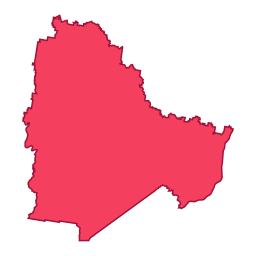 outline of Yass Valley, New South Wales, Australia
{"feature_id": "25037944B7628366145494", "entity_name": "Yass Valley", "entity_type": "district", "adm_level": 2, "iso_a3": "AUS", "parent_name": "Australia", "parent_adm1": "New South Wales", "projection": "natural_earth1", "projection_center": [148.958, -34.926], "detail": "fine", "context": "isolated", "style": "filled", "palette": "rose", "viewbox_px": 256, "rotation_deg": 0, "n_neighbors": 0, "source": "geoboundaries", "source_scale": "gbopen_adm2", "svg_char_len": 5721}
<svg xmlns="http://www.w3.org/2000/svg" viewBox="0 0 256 256"><path d="M29.1,187.4L31.9,189.5L32.1,190.1L32.0,191.0L32.9,191.0L34.3,192.6L35.3,192.3L37.0,193.0L36.3,195.3L36.8,196.3L37.0,197.7L35.8,200.9L36.3,202.7L36.1,203.4L36.9,204.7L36.5,205.9L34.3,207.8L34.3,210.1L33.8,211.0L33.1,211.7L33.1,212.8L31.1,213.8L30.4,213.7L30.1,214.3L28.9,214.7L28.8,215.0L29.3,216.0L29.1,217.0L28.2,218.3L44.9,221.1L45.0,219.9L59.4,222.3L59.6,221.0L76.9,223.6L76.6,225.3L80.2,228.1L79.6,229.8L79.7,231.0L79.5,232.1L80.0,232.8L79.2,235.9L79.7,236.7L79.3,238.1L79.6,239.8L79.4,240.6L88.7,240.6L90.2,237.9L155.7,190.2L156.2,189.3L158.4,188.3L158.7,187.4L160.0,187.1L160.7,186.1L161.4,185.7L162.0,185.8L162.7,185.1L163.9,185.4L165.2,186.3L166.4,186.0L166.9,186.2L167.1,186.9L166.8,188.1L167.3,188.4L168.2,188.0L169.3,189.2L169.3,190.2L168.7,191.0L170.8,190.9L171.6,190.1L172.8,190.2L172.9,190.7L172.5,191.6L173.0,192.6L172.3,193.6L173.5,194.9L173.5,195.3L175.6,194.9L177.7,195.7L178.5,197.0L177.3,199.9L177.8,200.6L179.1,201.0L180.4,202.7L180.2,204.3L178.8,205.3L179.1,206.5L178.6,207.9L180.6,207.7L181.2,208.5L184.4,206.9L189.1,201.6L190.7,201.3L194.7,201.7L198.7,200.0L202.8,199.9L204.3,199.1L207.1,196.3L210.1,194.7L211.3,193.1L213.6,188.3L215.0,184.4L216.3,183.2L220.4,180.9L221.3,179.6L222.1,177.6L221.6,167.4L222.4,162.0L223.2,151.0L224.5,148.1L225.0,143.2L226.9,141.6L229.2,138.6L229.9,135.9L230.9,133.5L232.5,131.2L233.1,129.0L230.9,128.6L231.1,127.2L229.7,127.0L229.8,126.4L229.4,125.8L227.9,127.3L226.4,126.7L224.8,126.6L224.1,131.0L221.9,134.5L221.0,134.7L220.6,134.0L215.5,132.9L214.9,133.1L214.5,133.7L213.4,133.8L213.0,134.5L213.3,132.6L214.4,132.8L215.3,127.1L212.2,126.6L212.5,124.9L211.4,124.7L211.6,123.3L208.3,122.8L207.8,125.7L204.6,125.2L204.8,123.7L202.5,123.3L202.4,123.8L202.8,124.3L199.9,123.8L200.1,122.3L199.1,122.1L199.2,121.6L198.3,121.4L198.6,119.6L200.0,119.8L200.1,118.7L199.6,117.7L197.6,117.4L197.7,116.6L195.8,116.3L195.6,117.5L193.0,117.7L192.5,119.7L190.4,119.4L190.5,118.9L189.8,118.7L189.4,121.1L188.3,120.9L188.1,122.0L184.0,121.5L185.3,117.6L182.4,117.1L182.3,117.4L181.6,117.3L181.5,117.9L180.1,117.7L180.0,118.7L180.4,119.2L178.1,118.9L178.2,118.1L177.0,118.3L176.4,117.7L174.8,115.0L174.2,114.6L172.1,114.6L171.8,114.1L171.2,114.0L170.9,113.4L168.5,115.2L168.7,117.3L168.4,117.4L166.1,117.7L165.4,117.3L164.5,116.0L163.6,116.3L162.9,117.2L162.4,116.3L161.9,116.1L161.4,114.3L160.4,114.8L160.1,114.5L160.7,114.3L160.5,112.9L160.0,112.8L160.0,112.2L160.7,111.9L160.4,111.0L160.6,110.5L159.6,110.0L159.0,110.3L158.9,109.9L157.4,109.9L156.5,108.7L156.0,109.0L156.1,108.5L155.8,108.3L155.3,108.7L153.8,107.9L153.1,108.3L153.0,107.5L152.2,106.8L151.3,107.5L150.8,107.2L150.3,107.5L149.5,106.2L150.4,105.2L150.2,103.0L149.7,102.2L148.7,101.8L148.6,100.6L145.7,100.9L144.6,100.0L145.4,97.5L145.3,96.5L145.6,96.0L145.0,94.9L143.8,94.5L144.4,92.5L142.5,91.0L142.5,90.6L143.2,89.5L142.9,88.4L142.3,87.7L141.7,87.7L141.8,87.1L140.0,87.1L139.6,86.1L139.6,85.0L140.6,85.5L141.9,85.2L141.8,84.2L143.1,83.5L143.3,82.2L142.8,81.9L142.5,81.0L143.2,79.6L141.9,78.6L141.6,77.6L140.2,76.6L139.6,76.6L140.5,70.7L135.2,69.8L135.3,69.2L134.8,69.2L133.4,67.9L133.7,67.4L133.2,67.2L132.7,65.0L132.2,64.6L130.5,65.2L130.0,66.3L128.5,67.8L127.8,67.5L126.4,68.0L124.6,64.9L120.2,64.1L120.0,63.7L122.1,62.9L122.1,62.0L121.4,61.5L121.4,60.5L120.8,60.0L122.6,47.2L122.2,46.7L121.6,47.4L121.0,47.5L120.6,48.2L118.7,48.8L117.9,46.7L117.3,46.9L114.8,46.0L114.3,45.4L112.7,45.7L112.2,45.2L110.5,45.9L110.0,45.7L109.0,46.2L108.5,44.9L110.2,43.6L109.6,42.6L110.2,41.5L109.9,40.7L109.2,40.3L108.4,40.6L107.3,39.4L107.1,37.7L106.8,37.7L106.6,37.1L106.9,36.7L106.7,36.0L106.8,35.1L106.2,35.2L104.9,34.2L104.3,34.0L104.1,33.5L104.2,32.5L103.8,32.4L104.0,31.5L102.2,30.8L101.8,30.9L100.9,30.2L101.5,29.0L101.1,28.6L100.1,28.9L99.5,28.6L100.0,28.3L100.2,27.6L99.3,26.5L98.6,26.4L98.8,25.0L97.9,24.8L97.9,24.4L97.5,24.1L96.3,24.7L93.9,23.1L92.7,23.0L91.6,21.4L89.3,22.3L86.7,22.7L86.6,23.3L85.5,23.4L85.3,23.7L85.4,24.1L83.7,23.8L83.7,25.9L79.7,25.2L79.6,25.6L77.5,25.2L77.9,22.7L76.6,22.5L76.8,21.5L75.5,21.3L75.2,23.0L73.5,22.7L73.8,23.1L73.5,25.1L68.0,24.1L67.1,22.5L67.3,21.5L67.0,20.3L61.5,22.0L60.5,18.2L58.6,19.1L58.2,18.3L60.2,17.3L59.7,15.4L56.3,17.0L55.8,17.7L55.7,18.7L54.7,18.6L54.8,17.5L53.5,17.3L53.0,21.6L52.0,23.2L51.9,24.0L52.9,24.2L52.5,25.6L53.7,25.8L53.4,27.2L55.3,27.4L54.9,30.4L57.4,30.8L56.6,33.2L55.1,34.9L54.9,38.1L47.8,37.0L47.2,40.5L39.8,39.3L39.4,41.8L40.9,42.3L37.9,41.9L34.5,63.4L32.7,63.1L32.4,64.8L35.0,65.2L34.3,69.7L34.7,69.4L35.7,70.1L35.3,72.9L35.9,73.0L35.4,76.1L34.9,76.0L34.7,77.2L34.9,77.2L34.4,80.5L34.8,80.5L34.4,83.7L35.4,83.8L35.2,85.4L35.9,85.5L35.3,89.5L35.1,89.6L35.1,91.2L36.7,93.6L32.5,93.2L32.1,96.0L32.5,96.1L32.1,98.8L31.4,98.7L31.3,99.3L32.9,99.5L31.4,108.7L30.4,108.6L30.5,108.0L28.3,107.7L28.0,109.5L27.3,109.4L26.9,112.9L24.2,112.4L24.0,114.0L24.9,114.1L24.3,117.6L23.5,117.5L22.9,120.9L24.5,121.9L25.2,124.1L25.9,125.0L27.2,124.7L28.0,122.7L29.1,122.9L29.4,123.4L28.4,126.0L26.5,127.8L26.1,128.7L26.1,130.5L27.6,133.8L27.8,135.5L26.7,139.3L25.3,141.8L25.1,143.9L25.3,145.1L25.0,145.8L25.3,146.8L25.9,147.5L27.6,147.7L30.1,146.1L31.5,145.7L32.1,146.3L32.6,147.2L32.6,147.8L31.5,149.9L32.0,150.7L32.8,150.7L34.8,149.7L37.2,150.0L34.6,154.6L35.4,155.2L35.6,156.3L35.1,157.9L34.9,160.5L35.4,161.3L34.6,163.6L33.3,164.3L32.9,165.8L33.5,166.8L33.0,167.0L32.8,168.4L33.0,169.0L34.3,168.7L33.5,170.1L33.7,170.7L34.8,170.6L34.9,171.5L33.8,171.9L33.3,172.4L33.4,173.2L32.9,173.4L33.2,173.9L32.9,174.1L32.9,174.8L33.8,175.7L33.4,176.7L32.0,177.5L31.0,179.4L29.7,180.3L28.3,182.7L28.3,183.8L28.1,184.0L28.9,186.0L28.8,186.6L29.1,187.4Z" fill="#f43f5e" stroke="#9f1239" stroke-width="1.5"/></svg>